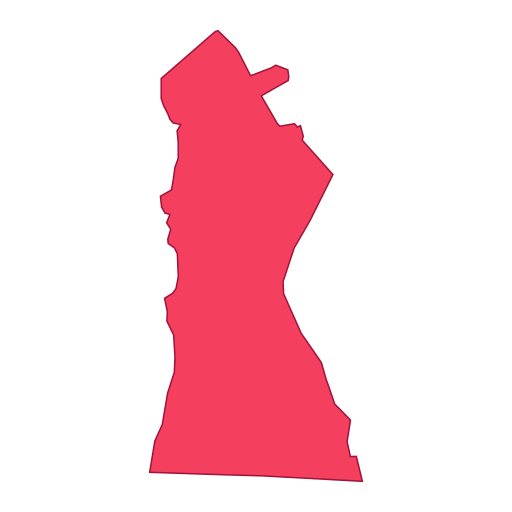 Aj Jabalain, White Nile, Sudan
{"feature_id": "16777658B9479825368273", "entity_name": "Aj Jabalain", "entity_type": "district", "adm_level": 2, "iso_a3": "SDN", "parent_name": "Sudan", "parent_adm1": "White Nile", "projection": "albers", "projection_center": [32.952, 12.739], "detail": "fine", "context": "isolated", "style": "filled", "palette": "rose", "viewbox_px": 512, "rotation_deg": 0, "n_neighbors": 0, "source": "geoboundaries", "source_scale": "gbopen_adm2", "svg_char_len": 1171}
<svg xmlns="http://www.w3.org/2000/svg" viewBox="0 0 512 512"><path d="M300.4,125.6L297.5,127.1L294.5,123.7L280.0,126.2L277.4,123.7L261.3,95.8L288.2,80.5L288.8,76.8L287.8,69.8L275.7,65.2L271.2,67.9L250.6,75.7L238.4,51.9L235.3,47.6L229.8,42.2L218.0,30.7L215.1,31.7L208.9,37.0L161.2,78.5L161.2,93.0L161.2,95.2L161.2,98.5L163.7,105.9L167.9,113.9L169.8,119.1L173.0,122.9L180.7,124.5L177.1,130.8L178.2,142.2L178.2,158.2L174.9,167.5L173.3,179.3L171.5,189.9L160.4,196.2L161.6,207.2L165.0,213.1L169.9,214.4L166.6,222.8L170.7,229.2L167.8,239.3L168.2,243.6L174.4,247.8L177.3,253.7L178.3,276.8L176.0,288.7L172.5,293.3L164.6,298.3L164.9,299.9L167.3,311.7L166.9,321.2L173.6,334.9L175.0,357.1L174.3,372.4L172.9,376.6L167.6,393.1L162.3,424.4L154.8,441.2L149.7,472.1L149.7,472.3L212.1,474.4L260.0,475.8L263.9,475.9L264.8,476.0L362.3,481.3L361.5,477.6L356.3,456.4L350.4,456.5L347.1,441.7L350.5,420.1L334.7,404.0L328.5,385.8L326.3,379.8L321.4,362.7L317.8,357.3L301.3,333.5L283.6,293.7L283.1,281.6L294.1,248.1L310.0,220.6L332.9,174.6L305.2,143.5L303.7,141.8L302.6,140.6L302.4,140.4L302.2,140.2L302.6,138.6L303.3,136.2L300.4,125.6Z" fill="#f43f5e" stroke="#9f1239" stroke-width="1.5"/></svg>